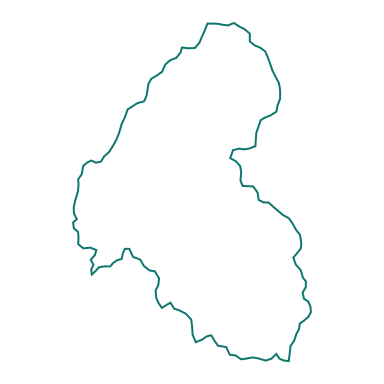 Laranjal, Minas Gerais, Brazil (Robinson projection)
{"feature_id": "56859067B14961603422166", "entity_name": "Laranjal", "entity_type": "district", "adm_level": 2, "iso_a3": "BRA", "parent_name": "Brazil", "parent_adm1": "Minas Gerais", "projection": "robinson", "projection_center": [-42.451, -21.352], "detail": "fine", "context": "isolated", "style": "outline", "palette": "teal", "viewbox_px": 384, "rotation_deg": 0, "n_neighbors": 0, "source": "geoboundaries", "source_scale": "gbopen_adm2", "svg_char_len": 2175}
<svg xmlns="http://www.w3.org/2000/svg" viewBox="0 0 384 384"><path d="M91.9,274.5L95.7,270.9L98.9,267.3L104.1,266.4L110.2,266.4L113.3,262.8L117.0,260.3L121.8,258.9L122.7,253.8L124.8,248.9L129.3,248.9L133.2,257.0L140.1,259.5L143.9,266.0L149.5,270.4L154.9,271.4L159.1,278.5L158.2,285.5L155.6,290.3L156.1,297.5L158.5,303.0L161.9,307.9L166.2,305.1L170.5,302.7L174.2,308.7L179.2,310.3L185.7,313.6L191.2,319.5L192.1,326.1L192.6,334.5L195.7,342.2L202.0,339.7L206.7,336.4L211.2,335.3L214.7,341.0L217.9,345.7L226.2,347.1L229.8,354.7L235.8,355.5L241.0,359.3L246.9,358.5L252.5,357.4L258.4,358.4L265.7,360.6L271.4,358.7L276.3,353.9L279.5,358.7L284.1,360.6L288.8,361.0L289.9,351.7L290.5,346.0L294.2,340.7L296.3,334.1L298.9,329.4L299.9,323.5L304.3,320.4L308.3,316.9L310.9,312.2L310.4,306.5L308.3,301.6L304.0,298.7L302.6,292.7L305.8,287.0L305.9,281.5L302.9,277.7L300.8,270.2L295.9,264.7L293.3,257.7L297.7,252.4L300.8,248.6L301.3,243.3L300.1,235.1L295.9,229.6L292.8,223.9L288.8,218.2L282.9,215.0L278.5,211.2L273.3,206.8L268.6,202.5L263.6,202.4L258.7,199.9L257.6,192.6L253.2,186.4L247.7,186.2L242.7,185.9L240.5,180.7L241.2,172.0L240.1,165.9L235.6,161.1L230.2,158.1L233.0,150.2L239.4,148.6L244.4,149.4L249.8,148.4L255.4,146.1L255.9,138.3L256.3,132.8L258.4,126.9L260.6,120.3L264.5,117.8L270.9,115.2L276.4,111.6L277.5,105.7L280.1,98.8L280.1,90.1L278.9,83.0L275.0,75.7L272.3,70.1L270.2,64.0L267.6,56.9L265.3,51.5L260.6,47.9L254.6,45.3L249.8,41.5L249.8,33.6L244.3,29.0L239.1,26.5L234.0,23.0L228.1,25.4L223.4,24.9L217.8,23.8L212.8,23.6L207.4,23.6L205.0,30.0L202.3,35.8L199.4,42.8L194.9,48.0L188.1,48.3L182.0,47.5L180.5,52.6L176.3,57.8L169.9,60.4L165.2,64.6L162.2,71.7L156.6,75.7L151.4,78.7L148.4,84.0L147.4,90.7L146.6,95.6L144.1,101.3L137.5,103.1L133.1,105.9L127.6,109.5L124.8,117.5L121.7,123.9L119.1,132.9L116.4,139.7L113.1,145.6L109.5,151.5L104.1,156.5L100.8,161.7L95.8,162.7L91.3,160.5L86.9,162.8L83.2,166.0L81.8,174.1L78.2,179.3L78.5,184.5L78.0,191.3L75.4,199.9L73.7,207.4L74.0,213.6L76.8,219.2L73.1,222.5L73.9,228.5L78.0,231.7L78.5,237.4L78.2,244.2L83.4,248.4L90.2,247.6L96.4,250.1L94.9,255.1L90.7,259.8L93.5,264.7L91.2,269.5L91.9,274.5Z" fill="none" stroke="#0f766e" stroke-width="2"/></svg>